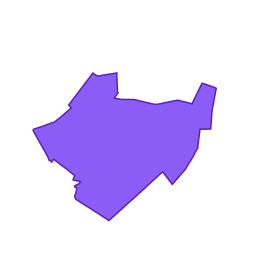 Ciorasti, Vrancea, Romania, rotated 311°
{"feature_id": "2599482B91845837840053", "entity_name": "Ciorasti", "entity_type": "district", "adm_level": 2, "iso_a3": "ROU", "parent_name": "Romania", "parent_adm1": "Vrancea", "projection": "robinson", "projection_center": [27.335, 45.426], "detail": "fine", "context": "isolated", "style": "filled", "palette": "violet", "viewbox_px": 256, "rotation_deg": 311, "n_neighbors": 0, "source": "geoboundaries", "source_scale": "gbopen_adm2", "svg_char_len": 3976}
<svg xmlns="http://www.w3.org/2000/svg" viewBox="0 0 256 256"><g transform="rotate(311 128 128)"><path d="M106.4,68.1L106.4,68.6L106.2,70.0L106.0,72.0L99.8,71.1L92.3,70.1L91.0,69.9L87.7,69.2L87.2,69.1L86.8,69.1L86.6,69.0L85.5,68.8L84.6,68.6L84.4,68.5L84.0,68.3L83.4,68.1L83.2,67.9L82.6,67.6L82.3,67.4L81.9,67.2L81.6,67.1L81.5,66.9L81.3,66.8L81.3,66.7L81.2,66.6L80.8,66.6L80.6,66.5L80.5,66.4L80.2,66.3L79.9,66.1L79.6,65.9L79.2,65.7L78.7,65.4L78.2,65.1L77.7,64.8L76.6,64.2L76.1,63.9L75.7,63.7L75.3,63.5L74.8,63.2L74.4,63.0L73.7,62.6L73.1,62.3L72.8,62.2L69.1,59.9L67.4,58.9L65.7,57.8L65.4,57.6L65.0,57.5L64.9,57.6L64.3,57.8L63.9,58.0L63.6,58.9L62.9,60.5L62.4,62.0L62.0,63.1L61.6,64.3L61.2,65.4L60.6,67.2L59.9,68.9L59.2,70.9L58.6,72.6L58.1,73.9L57.8,74.9L57.3,76.3L56.5,78.3L56.0,79.9L55.3,81.9L55.0,82.6L54.6,83.6L53.9,85.6L53.5,86.7L53.3,87.2L52.3,88.7L51.9,89.5L52.1,90.2L52.2,90.7L52.3,91.1L52.3,91.6L52.2,92.2L52.2,92.8L53.3,92.8L54.7,92.5L55.5,92.3L55.7,92.5L55.7,92.9L56.0,97.8L56.0,98.9L56.3,103.0L56.5,105.6L56.6,107.1L56.8,110.7L56.8,110.9L56.9,113.7L56.9,115.0L57.1,118.6L57.1,118.9L57.0,119.0L55.4,119.6L54.9,119.8L54.4,119.9L54.1,120.0L53.2,120.4L52.8,120.6L54.4,123.7L56.2,126.8L56.2,127.5L55.6,127.5L54.5,127.5L54.0,127.5L53.6,127.4L53.3,127.4L53.0,127.3L52.6,127.1L51.9,126.7L51.5,126.5L51.2,126.4L50.4,126.1L49.7,125.9L49.5,125.7L49.3,125.8L49.1,125.9L48.8,126.2L48.6,126.4L48.5,126.7L48.6,126.9L48.7,127.3L48.9,127.9L49.0,128.2L49.0,128.4L48.9,128.6L48.5,129.1L48.2,129.3L47.6,129.6L47.3,129.8L46.3,130.4L45.8,130.8L45.2,131.0L44.4,131.3L43.8,131.6L42.8,131.9L42.2,132.2L41.0,133.2L40.5,133.7L40.4,134.3L40.1,135.6L40.1,136.8L40.3,138.0L40.6,139.9L41.6,146.5L44.3,164.4L45.6,174.3L60.1,176.1L71.1,177.4L79.3,178.5L80.6,178.6L81.3,178.7L95.1,180.3L107.1,181.6L115.4,182.6L116.4,182.7L117.4,182.8L117.5,182.8L117.6,183.0L117.4,184.2L117.1,185.7L116.3,189.6L116.1,190.8L114.9,196.4L114.7,197.2L114.6,197.9L114.5,198.1L114.5,198.4L115.0,198.4L115.4,198.4L116.6,198.4L119.7,198.4L123.8,198.4L131.1,198.4L133.9,198.5L134.7,198.4L138.6,197.6L141.4,197.1L143.7,196.8L151.4,195.5L152.1,195.4L152.4,194.8L152.6,194.8L152.9,194.7L153.6,194.7L157.3,194.1L158.9,193.7L159.2,193.5L159.3,193.4L161.5,191.5L161.9,191.5L174.3,183.1L175.6,184.6L181.5,191.1L195.9,180.3L197.7,179.2L202.9,176.2L205.2,174.8L209.6,172.2L211.8,170.9L215.9,168.5L215.9,168.4L215.8,168.2L215.7,167.8L214.9,165.5L214.5,164.2L214.4,164.1L213.4,161.8L211.9,158.1L211.1,156.1L210.8,155.4L210.4,154.6L209.3,154.9L208.3,155.1L207.4,155.3L204.1,156.2L200.6,157.1L199.1,157.5L193.7,159.0L191.6,159.5L189.3,160.2L188.2,160.5L188.1,160.2L187.7,159.4L186.6,156.9L185.8,155.4L185.3,154.5L185.1,154.2L184.8,153.6L184.0,152.1L182.6,149.1L182.2,148.5L181.8,147.7L181.3,147.0L180.5,146.4L179.0,145.2L177.3,143.9L176.0,142.9L172.9,140.5L168.5,137.2L167.5,136.5L167.4,136.3L166.9,135.9L165.3,134.7L164.9,134.3L163.6,132.8L162.8,131.6L162.1,130.3L161.1,128.5L160.3,126.9L160.0,126.2L159.2,124.9L158.3,123.2L157.5,121.6L156.9,120.4L156.6,120.0L154.3,115.3L153.8,114.4L153.4,113.8L152.8,113.1L148.5,108.1L147.2,106.5L146.8,106.0L146.6,105.8L146.4,105.6L145.9,105.0L145.6,104.6L145.3,104.3L144.1,102.3L142.5,99.8L142.2,99.3L141.9,98.8L141.4,98.4L141.4,98.2L142.0,98.1L144.6,97.8L146.0,97.6L147.5,97.5L148.1,97.4L148.2,97.1L148.3,96.5L148.7,96.0L149.1,95.6L150.2,94.7L150.4,94.4L150.7,94.2L151.4,93.5L152.2,92.7L153.3,91.8L154.1,91.0L154.6,90.5L155.3,89.8L155.8,89.4L156.4,88.8L157.3,88.0L158.9,86.4L161.1,84.4L162.1,83.5L162.2,83.4L161.6,83.0L160.9,82.4L154.0,76.6L153.9,76.5L153.1,75.8L152.6,75.5L151.7,74.7L151.3,74.3L149.8,73.1L148.7,72.2L147.8,71.4L147.3,71.0L147.2,70.9L146.8,68.4L146.7,68.0L146.6,66.8L146.4,65.4L145.6,65.5L144.0,65.6L141.8,65.8L139.1,66.0L137.3,66.1L136.1,66.1L133.8,66.3L131.4,66.5L128.8,66.6L125.8,66.8L123.5,67.0L116.4,67.5L114.3,67.6L114.0,67.6L113.9,67.6L113.2,67.6L112.4,67.7L112.2,67.7L111.6,67.8L110.3,67.9L106.6,68.1L106.4,68.1Z" fill="#8b5cf6" stroke="#5b21b6" stroke-width="1.5"/></g></svg>